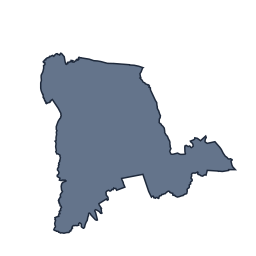 the district of Sawankhalok, Sukhothai, Thailand, rotated 77°
{"feature_id": "78962969B82720870655259", "entity_name": "Sawankhalok", "entity_type": "district", "adm_level": 2, "iso_a3": "THA", "parent_name": "Thailand", "parent_adm1": "Sukhothai", "projection": "mercator", "projection_center": [99.858, 17.328], "detail": "fine", "context": "isolated", "style": "filled", "palette": "slate", "viewbox_px": 256, "rotation_deg": 77, "n_neighbors": 0, "source": "geoboundaries", "source_scale": "gbopen_adm2", "svg_char_len": 5881}
<svg xmlns="http://www.w3.org/2000/svg" viewBox="0 0 256 256"><g transform="rotate(77 128 128)"><path d="M205.0,172.5L203.7,172.8L201.8,172.4L200.3,172.5L200.2,172.0L196.5,173.4L195.2,173.4L192.3,165.0L193.7,164.5L193.4,163.4L191.0,163.1L188.5,164.3L186.8,164.0L186.1,164.1L185.2,163.5L184.6,162.5L184.3,161.0L185.4,159.8L185.4,159.1L185.0,158.2L184.2,157.5L184.2,157.0L184.7,156.4L183.3,155.4L183.9,154.8L184.2,153.5L186.1,153.1L184.9,144.3L181.3,145.0L180.0,144.9L176.8,145.6L175.7,145.6L176.5,123.9L194.5,122.1L200.6,120.7L200.1,119.9L200.0,118.9L200.5,118.5L201.7,118.6L201.9,117.9L202.3,117.6L202.6,117.0L202.0,116.3L202.4,115.0L203.2,114.6L203.5,114.0L203.3,113.7L202.4,113.5L201.9,112.9L201.3,112.6L201.3,110.9L200.3,110.0L200.6,108.9L200.2,107.7L200.4,106.7L199.2,104.7L198.6,103.0L199.2,101.8L200.2,101.7L200.6,100.9L201.0,100.7L201.7,99.1L203.3,99.4L203.7,99.3L204.1,97.6L205.0,97.3L206.4,95.4L206.4,93.2L206.1,90.9L206.2,89.5L205.7,89.1L205.6,88.3L205.3,87.8L205.2,85.8L204.9,85.4L202.6,84.4L201.7,84.4L201.1,84.2L200.4,83.3L199.9,81.9L198.6,81.3L198.1,81.3L197.2,81.1L196.5,79.4L195.6,79.5L195.1,79.4L194.4,78.6L194.3,78.0L193.7,77.3L192.7,77.1L192.1,77.2L191.4,77.9L190.2,77.6L189.0,76.7L187.8,76.7L186.6,75.7L186.6,74.1L187.1,72.8L186.6,70.0L186.9,69.8L188.1,70.4L189.0,70.1L189.8,68.6L191.0,67.6L191.7,66.0L191.1,64.6L190.9,63.4L191.5,62.6L187.1,60.3L190.1,50.2L190.5,49.8L190.4,49.4L191.6,45.8L192.0,39.5L191.2,39.3L192.7,32.8L189.4,34.7L187.3,35.1L183.7,35.1L182.8,34.6L182.9,34.0L182.2,33.7L181.0,35.1L181.0,36.4L180.6,37.3L178.9,38.2L177.3,39.6L174.0,40.9L169.9,41.9L167.7,42.8L160.9,46.4L160.8,54.3L159.1,55.9L158.3,56.0L157.0,55.5L155.7,54.8L155.1,54.0L154.7,53.9L153.3,54.1L156.7,60.2L153.7,62.7L152.6,65.1L153.7,65.5L154.3,66.7L154.8,70.2L156.0,69.8L156.7,69.1L158.0,68.5L159.1,68.4L160.5,68.7L161.1,69.8L161.4,70.7L161.0,71.2L159.4,71.9L159.6,73.6L158.0,75.2L158.0,75.5L158.4,76.0L158.3,76.5L159.5,77.0L164.2,77.9L166.0,77.8L166.2,78.0L166.2,79.4L165.6,82.6L165.0,83.7L163.6,85.3L163.7,90.2L163.3,91.6L162.8,92.1L160.0,92.6L157.7,90.8L155.7,91.2L155.2,90.9L152.9,90.8L151.5,90.4L150.1,90.4L147.6,91.1L145.4,91.4L144.5,91.7L143.8,92.3L140.6,93.3L139.7,93.0L136.3,92.7L134.0,93.7L132.7,94.8L132.1,94.7L131.5,95.0L131.0,95.6L129.7,96.4L126.2,95.4L125.3,94.4L123.2,93.6L121.8,94.0L118.0,94.3L116.6,94.8L115.1,95.0L114.0,94.7L112.2,94.7L109.7,94.3L107.4,95.1L96.7,97.4L95.4,97.5L93.9,97.2L92.8,98.4L92.0,97.7L91.6,97.9L91.1,97.9L90.5,98.4L90.4,99.2L90.0,99.4L88.8,101.2L87.9,101.4L86.6,103.0L84.6,103.5L83.3,104.5L82.8,104.4L82.1,105.0L81.9,104.3L81.4,104.6L81.0,104.3L77.8,104.2L76.3,102.6L72.8,100.3L72.6,99.8L70.2,103.7L68.2,108.0L67.0,112.2L66.7,112.2L62.0,127.2L60.4,133.4L57.2,139.4L55.8,142.7L54.7,146.2L52.2,150.3L49.4,157.2L49.0,157.9L48.9,158.6L48.4,159.3L48.4,159.8L48.1,159.9L48.2,160.2L49.1,160.7L49.8,160.4L50.1,161.0L50.4,161.1L50.5,161.8L49.7,162.1L49.6,162.4L50.1,163.3L50.9,163.7L50.9,164.7L51.6,165.5L51.5,166.6L51.2,167.2L50.0,166.5L49.4,168.0L50.2,168.0L50.5,168.2L50.0,169.2L50.7,169.8L50.4,171.9L50.7,172.3L51.7,172.2L51.8,172.6L51.7,173.3L52.1,173.8L51.7,174.2L49.3,174.4L44.2,174.1L40.5,176.0L40.0,176.7L41.1,177.8L40.9,178.0L41.0,178.3L41.3,178.4L40.7,179.1L40.6,179.8L39.7,180.2L39.5,181.2L40.4,182.9L41.0,183.4L41.1,184.1L41.4,184.3L40.9,184.8L40.3,185.0L40.3,185.5L40.8,187.3L40.6,188.0L41.0,188.1L41.0,188.8L41.5,189.1L41.5,191.0L42.3,192.7L43.0,192.8L43.0,194.0L43.7,194.5L44.1,195.6L45.2,195.6L45.7,194.4L47.2,194.6L47.8,195.1L48.1,196.2L50.7,196.7L53.5,198.0L54.5,198.6L57.0,200.7L58.9,201.2L62.3,201.7L64.4,202.9L69.6,204.1L72.1,204.2L76.0,203.6L76.1,203.2L78.6,203.6L79.2,203.4L79.3,203.7L80.3,203.3L80.6,203.0L81.5,203.1L82.9,202.9L83.1,202.5L84.1,202.5L84.2,202.2L84.8,201.9L85.3,202.4L85.9,202.0L85.4,200.2L85.5,199.0L85.1,198.5L85.3,198.2L84.9,197.8L84.5,197.8L84.5,197.4L84.1,196.8L83.8,196.8L83.2,195.3L93.2,191.5L98.6,190.1L100.1,190.4L101.0,190.3L102.2,191.2L102.8,191.3L103.3,191.8L103.6,192.5L104.3,192.9L104.5,193.4L106.1,194.8L110.5,197.6L113.3,198.2L114.6,197.8L115.9,198.8L118.2,199.0L120.8,200.2L124.1,200.9L124.4,202.0L125.1,201.6L127.1,201.6L129.9,202.7L133.8,202.9L134.8,203.7L137.3,203.1L137.3,202.4L137.9,201.6L139.2,200.4L140.4,200.7L141.6,200.5L144.1,201.6L144.2,201.9L145.2,202.0L146.7,203.5L147.3,203.6L148.2,203.3L148.8,204.2L150.5,204.4L150.9,204.7L151.3,205.5L151.8,205.8L153.0,206.2L154.0,205.6L155.8,205.2L157.0,205.9L157.8,206.7L158.0,207.5L158.7,207.8L159.4,207.8L161.6,205.6L163.4,206.6L164.2,205.0L164.0,203.7L164.6,201.6L164.6,201.0L165.6,200.3L165.9,200.5L166.2,203.7L166.7,203.8L167.0,204.7L168.3,205.6L169.2,205.8L169.5,206.2L173.5,206.7L175.1,206.1L177.6,208.9L179.2,209.2L180.1,209.2L180.2,209.7L181.8,211.1L181.9,211.5L182.5,211.5L182.9,212.1L183.3,212.1L183.6,211.7L184.6,212.1L185.1,211.6L186.2,212.0L187.0,211.3L188.5,211.7L189.2,210.7L190.5,210.7L190.7,211.2L191.7,211.9L192.5,212.2L193.3,212.2L193.4,213.2L194.1,213.9L196.0,213.6L195.9,214.0L196.1,214.6L197.2,215.1L197.5,215.4L198.5,215.4L198.5,216.9L198.9,219.4L200.5,219.3L200.6,219.7L201.8,219.4L204.5,220.9L206.4,221.0L207.1,220.8L208.1,221.0L208.8,222.0L210.5,223.2L211.3,222.5L211.7,221.5L212.5,221.0L213.0,219.3L214.0,219.0L214.2,218.1L215.1,217.6L215.2,216.1L216.1,214.1L216.1,211.3L216.5,209.1L215.9,208.2L215.3,207.9L215.5,207.0L214.5,206.4L214.4,205.9L213.4,205.5L213.1,204.6L212.6,204.6L212.1,204.9L211.1,203.8L210.8,203.1L211.1,202.2L211.2,200.8L211.7,199.7L211.6,197.8L210.0,197.5L209.5,196.4L210.5,195.5L211.3,195.1L213.5,195.7L213.9,195.6L215.6,194.1L215.7,193.7L215.0,192.7L212.9,191.7L210.6,190.2L208.8,188.5L205.8,187.2L204.2,186.1L202.5,185.6L202.2,185.3L202.2,184.7L203.0,184.0L204.5,183.6L210.1,180.4L210.9,179.0L210.7,178.5L209.8,178.5L202.9,178.6L201.4,179.1L200.6,178.6L200.3,177.9L200.8,177.1L203.0,174.8L204.9,173.9L205.2,173.2L205.0,172.5Z" fill="#64748b" stroke="#1e293b" stroke-width="1.5"/></g></svg>